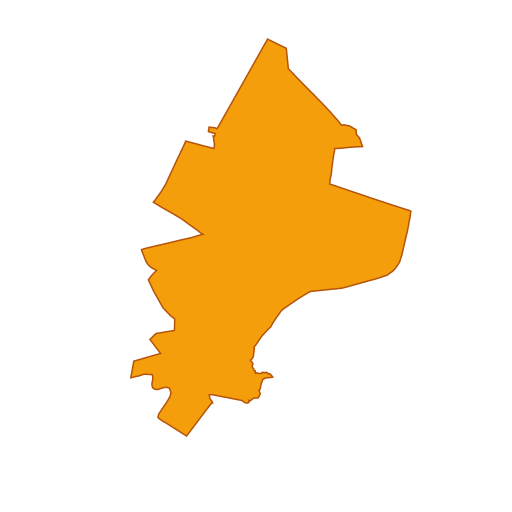 As Sab'in, Amanat Al Asimah, Yemen, rotated 304°
{"feature_id": "15242507B25672196618476", "entity_name": "As Sab'in", "entity_type": "district", "adm_level": 2, "iso_a3": "YEM", "parent_name": "Yemen", "parent_adm1": "Amanat Al Asimah", "projection": "equal_earth", "projection_center": [44.204, 15.306], "detail": "fine", "context": "isolated", "style": "filled", "palette": "amber", "viewbox_px": 512, "rotation_deg": 304, "n_neighbors": 0, "source": "geoboundaries", "source_scale": "gbopen_adm2", "svg_char_len": 6077}
<svg xmlns="http://www.w3.org/2000/svg" viewBox="0 0 512 512"><g transform="rotate(304 256 256)"><path d="M278.0,138.9L273.9,139.5L272.6,139.7L268.0,140.5L267.1,140.6L266.5,140.7L265.6,140.9L262.7,141.1L258.5,141.3L257.7,141.4L257.3,141.4L256.9,141.4L255.8,141.4L253.0,141.3L252.5,141.3L243.1,140.9L243.3,143.2L243.5,148.1L243.6,150.0L243.8,153.5L244.1,157.2L244.2,158.3L244.6,162.9L244.6,163.3L244.9,168.8L245.1,172.0L245.1,175.5L245.1,176.1L245.0,179.2L244.8,182.6L244.7,186.8L244.7,187.4L244.7,187.7L244.6,190.5L244.6,191.4L244.5,194.1L244.4,194.6L244.2,197.7L244.3,199.8L243.9,199.4L239.7,195.9L238.5,194.9L236.7,193.5L235.4,192.4L232.5,189.7L231.9,189.1L230.8,188.1L226.6,184.1L225.9,183.5L223.1,181.0L221.8,179.8L216.7,175.1L216.1,174.5L213.9,172.5L213.7,172.3L211.0,169.9L210.7,169.4L209.1,168.0L201.3,160.8L200.7,160.2L199.9,159.6L198.7,158.6L197.3,157.5L196.9,157.8L194.6,161.2L193.0,163.5L192.5,164.1L191.5,165.6L191.0,166.4L189.8,168.1L188.8,170.5L188.4,171.8L188.3,172.5L188.1,173.4L188.1,173.8L188.0,174.6L188.0,175.3L187.9,176.1L187.9,176.4L188.3,180.1L188.4,181.6L187.4,181.4L184.9,180.9L181.4,180.3L180.9,180.3L176.0,180.1L169.4,191.2L161.0,208.0L158.6,219.1L158.4,223.8L148.7,230.0L148.4,229.7L135.8,216.4L127.5,214.7L121.9,231.4L115.1,225.7L100.5,213.5L85.0,220.3L87.8,222.8L88.6,223.5L90.4,225.3L91.2,226.1L95.4,229.2L99.6,236.3L98.4,237.7L97.0,238.8L94.1,240.2L91.4,241.4L89.5,243.3L88.9,244.4L88.9,245.7L89.2,247.3L90.6,249.5L95.0,252.8L97.3,255.6L98.0,258.2L95.0,262.0L91.8,263.2L87.4,263.6L84.2,263.7L79.8,263.7L71.1,263.7L67.7,264.6L67.0,266.3L66.9,272.1L67.2,272.4L67.4,281.6L67.9,298.5L67.9,299.1L79.2,299.7L99.8,300.8L109.6,301.5L109.8,301.5L109.9,302.1L110.7,301.2L112.0,297.5L112.5,297.1L114.7,294.8L116.4,296.9L118.8,302.6L121.2,308.3L122.6,311.5L125.6,318.6L128.4,325.2L128.1,328.2L128.7,330.2L129.6,331.5L130.7,331.9L131.7,331.7L132.3,330.8L132.5,331.4L132.7,332.1L134.3,332.7L137.0,333.6L138.1,335.2L139.3,336.9L139.7,337.2L144.1,336.6L146.5,333.5L148.1,333.9L152.5,331.9L157.6,330.7L160.5,332.3L161.2,333.2L164.2,337.0L164.5,337.3L165.0,337.6L165.6,335.8L165.6,335.4L165.8,335.0L166.1,333.6L166.0,333.4L165.8,332.6L165.2,332.3L165.1,331.7L165.6,330.3L165.3,329.5L165.2,329.2L164.8,328.9L164.6,328.7L164.0,328.5L163.9,328.4L163.7,328.1L163.5,326.8L163.3,326.5L163.0,326.2L162.7,326.1L162.2,326.4L161.9,326.1L160.5,324.7L160.1,323.6L159.6,322.1L159.3,321.8L158.8,321.6L158.6,321.5L158.6,321.0L158.8,320.6L159.2,320.3L160.1,320.0L160.3,319.6L160.3,318.2L160.5,317.8L161.3,316.8L161.4,316.4L161.7,315.5L162.2,314.8L162.6,314.4L162.8,314.2L164.9,313.8L165.3,313.1L165.4,312.8L165.9,311.8L166.0,311.6L166.1,311.1L166.1,310.3L166.1,310.0L166.6,309.6L167.5,309.9L169.2,310.3L170.7,310.0L171.4,309.9L174.5,308.3L178.4,306.4L178.7,305.8L178.9,305.4L181.2,305.5L182.9,305.6L184.7,305.6L190.8,305.6L191.5,305.6L193.6,305.7L194.0,305.8L194.7,305.9L200.4,306.8L206.0,307.9L207.1,307.7L208.6,307.5L208.8,307.5L209.7,307.4L212.6,307.4L217.3,307.4L220.5,307.5L221.9,307.5L222.9,307.5L225.8,307.8L226.2,307.9L229.7,309.2L232.4,310.3L234.0,310.8L243.2,314.5L243.8,314.8L245.0,315.2L245.4,315.4L249.1,317.1L251.9,318.4L255.6,320.1L256.7,320.9L257.5,321.4L258.6,322.8L264.2,329.5L267.6,333.5L268.0,334.0L271.7,338.4L272.0,338.9L277.0,344.8L277.4,345.2L277.5,345.3L279.9,347.5L281.4,348.8L286.6,353.2L287.6,354.1L288.9,355.2L290.2,356.3L293.5,359.1L298.8,363.6L300.3,364.9L304.9,368.9L305.7,369.5L312.5,374.7L313.5,375.5L315.0,376.0L317.7,377.0L319.8,377.8L322.2,378.2L323.9,378.5L324.4,378.5L325.7,378.5L327.5,378.5L330.7,378.4L331.4,378.4L334.2,377.5L336.0,377.0L337.4,376.6L338.5,376.3L339.3,376.0L339.8,375.8L341.8,375.0L343.4,374.4L344.1,374.1L346.5,373.2L348.4,372.5L350.4,371.7L350.9,371.5L357.5,369.0L359.8,368.2L361.8,367.4L363.8,366.5L366.2,365.5L368.0,364.7L369.5,364.0L372.9,362.6L374.4,361.9L379.7,359.4L379.5,357.8L378.4,354.0L377.7,351.6L376.9,349.1L376.1,346.1L376.0,345.7L374.7,341.3L374.2,339.5L373.1,335.6L371.9,331.4L371.3,329.2L371.0,328.3L370.2,325.4L367.7,316.4L367.7,316.2L366.5,311.9L365.7,308.8L365.1,306.9L363.6,301.3L363.4,300.7L361.5,293.7L361.0,291.7L359.3,285.5L358.4,282.1L358.1,281.2L357.1,277.6L356.9,276.8L357.2,276.7L358.9,275.8L360.2,274.9L362.6,273.9L364.2,273.4L366.5,272.2L367.8,271.7L369.6,270.7L371.0,269.9L371.6,269.5L373.3,268.7L374.9,267.9L377.4,266.7L377.7,266.5L378.5,266.1L379.5,265.7L383.4,263.8L385.4,263.0L387.6,262.0L389.1,261.1L390.6,263.2L391.1,263.8L391.5,264.4L391.9,264.9L392.0,265.1L395.5,269.3L398.9,273.4L399.1,273.6L400.0,274.8L400.4,275.2L401.1,276.2L405.3,281.8L406.3,283.1L407.8,281.1L408.6,280.0L409.5,278.9L409.8,278.5L411.0,276.9L411.3,276.5L411.8,275.4L412.2,274.3L412.9,271.2L416.6,268.5L416.2,260.9L416.0,260.5L415.5,259.4L414.6,257.2L413.9,255.3L412.5,254.1L412.2,253.8L413.2,250.9L413.8,249.1L414.0,248.4L414.1,247.9L414.5,246.6L414.6,246.1L414.7,245.5L416.8,237.6L417.2,236.1L417.5,234.6L419.7,224.8L421.2,217.5L422.0,213.7L423.6,205.5L424.3,201.9L426.2,192.9L426.4,191.7L426.7,190.1L427.6,186.2L429.4,178.2L429.6,177.9L436.2,172.4L444.2,165.7L445.1,165.0L442.3,144.3L340.9,152.5L340.1,152.3L339.6,152.3L339.4,150.8L339.4,150.5L339.4,150.3L339.2,150.0L336.6,145.0L335.5,145.6L335.1,145.8L333.6,146.4L332.5,147.0L333.0,148.7L333.5,150.2L333.6,150.7L333.8,150.9L334.5,153.0L334.6,153.6L334.1,153.8L333.6,154.0L333.3,154.2L332.2,154.6L331.5,153.3L330.1,154.8L329.1,155.6L327.8,156.8L327.4,157.2L327.0,157.6L325.2,159.3L324.9,159.4L324.7,159.5L323.9,159.9L321.6,161.0L319.6,155.4L318.1,151.2L317.7,150.0L317.6,149.8L316.2,145.6L315.4,143.4L315.1,142.5L314.7,141.3L314.6,141.1L313.5,137.9L312.0,133.5L310.4,133.8L310.0,133.8L307.9,134.3L307.7,134.3L307.0,134.4L305.7,134.6L304.5,134.8L303.1,135.0L302.4,135.1L301.3,135.2L300.8,135.3L300.1,135.4L299.2,135.6L298.8,135.6L298.2,135.7L297.9,135.8L295.5,136.1L294.2,136.3L292.3,136.6L292.0,136.6L291.0,136.8L290.8,136.8L289.5,137.0L287.3,137.4L287.0,137.4L286.5,137.5L284.7,137.8L284.2,137.9L283.4,138.0L281.8,138.2L281.3,138.3L281.0,138.4L280.5,138.5L279.6,138.6L278.2,138.8L278.0,138.9Z" fill="#f59e0b" stroke="#b45309" stroke-width="1.5"/></g></svg>